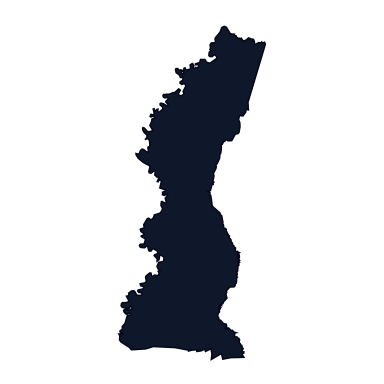 Chumphon Buri, Surin, Thailand (Mercator projection), rotated 92°
{"feature_id": "78962969B67487530152126", "entity_name": "Chumphon Buri", "entity_type": "district", "adm_level": 2, "iso_a3": "THA", "parent_name": "Thailand", "parent_adm1": "Surin", "projection": "mercator", "projection_center": [103.342, 15.383], "detail": "fine", "context": "isolated", "style": "filled", "palette": "ink", "viewbox_px": 384, "rotation_deg": 92, "n_neighbors": 0, "source": "geoboundaries", "source_scale": "gbopen_adm2", "svg_char_len": 6041}
<svg xmlns="http://www.w3.org/2000/svg" viewBox="0 0 384 384"><g transform="rotate(92 192 192)"><path d="M234.2,153.9L228.9,156.8L228.2,156.4L227.3,157.3L227.3,158.8L223.6,159.5L222.7,160.3L221.3,160.0L214.7,161.5L213.5,162.9L212.0,163.3L206.0,170.6L204.5,171.5L198.3,172.4L196.9,173.1L196.4,172.7L195.1,174.2L194.6,173.3L193.9,174.1L192.0,174.0L190.7,176.2L190.0,173.7L183.3,172.1L183.6,171.1L181.8,171.1L181.4,170.5L180.6,171.5L175.2,170.6L172.8,171.3L167.7,168.9L165.6,168.6L164.1,169.2L163.0,168.0L157.4,165.6L152.8,165.4L152.7,164.8L148.7,164.2L143.5,164.3L143.2,163.4L140.3,162.1L140.3,161.0L139.2,160.8L138.5,159.7L139.6,157.7L139.3,154.1L132.6,150.7L132.1,148.3L131.2,147.3L129.9,146.9L129.4,147.5L128.7,146.8L125.1,146.3L120.8,146.7L118.0,148.0L113.9,147.2L114.2,143.7L110.4,141.2L107.4,140.7L108.0,138.5L100.4,139.2L41.7,123.8L39.8,124.8L40.7,126.3L39.6,127.5L40.5,128.0L40.4,130.9L41.3,131.2L41.2,132.2L42.0,132.6L42.1,134.6L39.5,134.9L39.0,135.9L38.5,135.3L37.8,135.6L38.2,136.4L37.0,136.7L37.3,137.6L36.3,139.8L36.7,140.5L36.1,140.9L38.4,143.5L39.4,146.1L36.6,148.1L37.6,149.0L36.6,149.7L36.9,151.5L36.1,152.0L35.9,153.2L34.6,153.2L33.3,156.1L32.8,155.6L32.6,159.2L26.2,163.3L25.3,165.7L26.7,168.0L31.2,169.5L37.2,174.1L38.5,174.4L41.3,173.6L42.2,175.4L42.3,177.8L44.3,179.1L47.6,178.5L48.9,179.1L50.4,178.1L51.7,179.7L55.1,179.9L56.0,179.0L56.0,176.6L53.9,174.3L56.0,171.9L57.4,171.8L62.5,178.3L62.5,179.8L61.3,182.7L59.7,183.0L59.1,183.9L59.3,188.1L62.3,188.9L63.8,193.0L64.8,192.6L64.5,190.8L65.3,189.7L67.9,190.6L67.3,192.9L68.6,193.8L68.5,194.7L67.2,195.2L65.3,194.4L64.7,195.5L63.6,195.8L63.7,196.4L65.0,198.3L68.2,197.8L69.4,198.5L70.3,202.1L68.2,203.2L68.5,204.3L72.4,204.8L74.1,204.2L74.1,205.9L73.4,206.8L72.4,206.9L71.4,205.8L70.7,206.2L70.3,207.3L70.7,209.3L69.1,210.6L69.3,212.4L70.2,212.8L73.3,212.0L75.6,208.6L78.0,207.6L77.9,205.6L78.8,204.9L80.7,205.2L82.3,207.7L83.6,207.8L84.9,205.9L83.9,203.5L86.0,201.7L91.8,204.4L94.1,203.4L96.1,205.6L95.9,208.3L94.1,209.0L90.6,207.2L89.4,208.9L93.2,212.7L93.4,214.8L94.9,217.4L95.6,223.9L96.9,224.4L98.2,223.9L98.9,222.6L98.5,220.1L98.9,219.1L100.0,219.1L102.4,221.4L103.6,220.9L104.8,219.0L105.5,219.0L106.7,220.3L104.8,223.6L104.3,226.0L104.7,226.9L106.1,226.9L108.0,224.5L110.1,223.9L113.5,227.9L112.9,229.1L110.4,228.8L110.6,229.8L112.2,231.5L111.6,232.5L110.1,232.8L110.4,233.7L114.6,232.5L116.3,233.4L115.8,235.8L118.0,236.5L118.5,235.7L117.4,232.9L119.2,231.6L120.6,234.6L122.8,234.8L127.0,236.4L131.8,233.3L132.8,235.0L133.4,238.3L129.6,242.0L129.3,243.1L129.9,243.6L131.5,243.4L134.2,241.9L136.8,238.9L139.1,239.0L141.3,240.8L140.1,238.2L141.9,236.3L147.2,235.7L148.1,236.2L148.6,237.5L149.6,237.6L153.0,236.9L153.8,238.3L151.2,241.8L150.9,243.3L152.1,244.8L155.5,246.1L156.0,247.3L155.5,249.3L156.9,249.1L160.4,246.7L164.2,241.6L167.2,235.4L168.7,234.9L172.9,235.9L174.3,235.5L174.6,233.5L172.2,230.6L172.5,229.4L176.3,229.8L178.3,227.5L178.3,226.3L179.5,225.8L182.8,227.1L183.0,226.3L181.5,225.3L181.2,224.2L182.0,222.9L189.1,224.3L190.8,218.5L192.0,218.7L193.2,221.4L195.8,221.4L196.4,219.7L195.1,217.0L195.9,216.1L199.1,218.6L203.4,217.2L204.0,218.5L202.5,221.7L202.8,222.3L206.4,222.6L209.5,220.8L212.1,221.6L214.3,223.4L216.2,228.8L219.2,229.7L220.8,231.3L221.1,232.3L219.7,234.5L220.2,235.8L226.3,239.1L229.6,238.5L230.6,241.9L231.3,242.4L233.3,241.6L235.5,238.3L236.3,238.4L237.6,241.1L238.3,241.2L240.3,237.3L241.7,237.0L245.6,238.0L246.0,241.9L247.1,242.7L248.5,242.2L249.2,241.1L249.4,237.4L247.8,235.7L247.7,234.4L251.8,233.3L252.6,232.5L252.4,230.8L250.4,229.6L250.0,228.5L252.6,224.1L254.9,224.4L255.9,227.0L256.9,227.6L260.0,224.5L262.4,224.5L260.8,222.6L256.2,222.0L256.2,220.8L257.9,218.0L259.8,217.6L262.6,218.4L263.4,222.8L267.6,224.4L270.0,223.3L271.2,221.2L272.3,223.1L274.4,222.0L275.9,222.5L276.7,223.5L276.3,226.5L277.9,228.6L277.3,229.4L274.4,230.2L274.4,231.5L277.6,235.1L279.0,235.4L282.6,234.5L284.5,235.8L285.5,240.6L287.5,240.0L288.2,237.1L289.2,236.7L290.7,237.9L291.7,242.3L292.9,242.8L294.2,241.7L294.6,238.5L296.4,238.4L297.2,239.9L297.0,243.6L293.4,245.7L292.8,246.7L293.0,249.1L295.3,251.8L297.7,251.3L298.4,253.9L302.8,251.4L303.9,251.7L304.8,253.8L305.0,257.5L305.8,258.5L308.1,258.9L309.7,257.7L310.9,251.5L310.4,250.4L308.5,249.7L308.3,248.9L309.9,247.7L311.3,248.5L312.5,251.1L311.7,254.8L312.6,256.2L314.3,255.7L316.2,253.9L316.4,252.3L314.9,250.2L315.8,249.0L317.1,249.7L318.0,252.4L325.7,254.4L328.8,257.0L331.4,256.7L333.5,259.2L334.8,258.7L335.3,256.7L336.3,256.6L336.4,260.2L338.3,259.1L342.3,259.3L344.4,257.7L349.4,249.3L351.8,247.0L350.4,232.8L347.8,225.4L348.1,203.5L350.1,190.3L351.1,190.0L350.0,186.4L349.6,181.8L351.2,181.6L350.5,177.5L348.6,173.9L350.9,172.9L348.2,168.0L348.3,167.5L353.5,166.4L358.7,166.9L352.4,156.9L358.0,155.4L356.2,147.6L355.4,134.3L354.1,135.1L354.2,136.2L352.3,136.1L351.5,135.6L351.5,134.8L350.0,134.5L349.9,135.2L350.9,135.7L349.7,136.9L346.8,135.4L345.7,136.4L343.5,136.9L343.4,137.9L341.7,138.6L341.1,139.6L337.9,139.3L336.5,140.2L336.3,141.7L335.3,141.9L335.2,144.5L331.4,144.3L331.1,143.1L330.5,145.2L328.8,146.9L329.2,148.1L326.6,150.7L326.6,152.5L328.0,151.7L327.6,154.1L326.7,154.1L324.8,152.6L322.9,153.2L322.4,155.9L319.1,159.0L319.0,160.4L316.2,161.1L316.0,162.2L312.4,161.5L310.8,160.3L308.4,160.9L308.5,160.2L306.3,159.1L306.0,160.6L305.2,160.7L305.1,159.9L303.6,159.5L304.3,158.4L303.0,158.4L302.5,157.3L300.5,156.5L296.9,153.4L292.4,154.6L291.2,153.8L289.6,154.2L285.6,150.8L285.4,146.8L284.2,145.7L282.4,145.6L281.7,144.7L280.9,145.3L280.4,144.4L276.4,144.4L275.5,143.7L274.7,144.4L272.4,143.9L270.4,144.5L269.6,143.7L264.4,143.4L263.3,142.5L261.7,143.4L260.9,142.1L259.9,143.4L259.0,141.9L257.3,143.0L256.3,142.6L256.4,143.4L255.7,142.9L255.5,143.5L254.7,142.4L253.3,142.7L254.1,143.2L252.7,144.2L252.4,143.6L251.6,143.9L250.9,142.8L250.8,143.6L249.7,144.3L250.1,145.9L249.4,146.7L246.4,146.5L245.0,148.5L244.3,148.3L244.1,149.2L241.5,149.9L240.4,151.1L238.4,151.4L236.1,153.3L234.5,153.1L234.2,153.9Z" fill="#0f172a" stroke="#020617" stroke-width="1.5"/></g></svg>